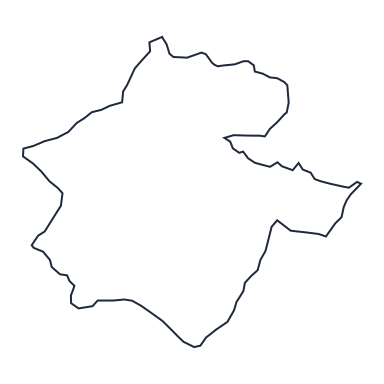 Geroskipou, Paphos, Cyprus
{"feature_id": "46923920B13296548837495", "entity_name": "Geroskipou", "entity_type": "district", "adm_level": 2, "iso_a3": "CYP", "parent_name": "Cyprus", "parent_adm1": "Paphos", "projection": "equal_earth", "projection_center": [32.458, 34.751], "detail": "fine", "context": "isolated", "style": "outline", "palette": "slate", "viewbox_px": 384, "rotation_deg": 0, "n_neighbors": 0, "source": "geoboundaries", "source_scale": "gbopen_adm2", "svg_char_len": 1740}
<svg xmlns="http://www.w3.org/2000/svg" viewBox="0 0 384 384"><path d="M31.7,245.2L33.8,247.9L43.1,251.7L50.0,260.0L51.7,267.0L60.0,274.3L67.0,275.3L69.5,281.0L74.4,285.8L73.1,289.8L70.9,295.5L71.1,303.2L78.6,308.4L92.5,306.2L97.7,300.5L113.7,300.5L124.4,299.5L132.1,300.7L141.0,305.7L150.3,312.2L162.4,320.9L170.5,328.9L178.3,336.8L183.5,341.8L185.4,342.7L194.2,347.1L200.4,345.6L206.0,337.6L216.1,329.6L227.4,321.9L234.0,310.4L236.5,302.0L240.2,296.2L243.4,291.0L244.9,282.8L251.1,276.1L257.7,270.1L260.4,259.9L265.4,251.2L267.9,241.7L271.6,226.8L277.2,220.3L290.7,230.7L306.8,232.5L318.7,234.0L325.9,236.5L326.9,235.1L335.3,223.3L341.6,217.1L343.7,207.1L346.6,200.4L350.7,194.4L361.0,183.7L358.6,182.6L357.1,181.9L348.9,187.7L342.1,186.4L330.0,183.7L320.5,181.2L314.6,179.0L310.7,172.7L302.7,169.5L300.2,165.5L298.6,163.0L292.7,170.2L282.0,166.3L277.5,162.3L270.0,166.8L262.2,164.8L254.9,162.8L248.1,158.3L243.1,151.6L239.2,152.8L232.8,148.3L230.2,141.6L224.4,137.9L233.6,135.2L248.7,135.6L259.6,135.7L264.9,136.4L269.8,129.0L277.4,122.0L284.2,114.5L286.7,112.5L288.7,102.7L288.0,94.0L287.3,85.2L285.7,83.6L284.2,82.0L277.2,78.2L269.8,77.4L262.8,73.7L254.8,71.5L253.8,65.3L248.1,61.2L243.6,61.2L234.9,64.3L230.2,64.8L223.2,65.5L217.8,66.3L214.5,64.8L211.9,62.6L208.5,57.8L205.8,54.2L201.5,52.6L187.0,57.7L180.4,57.3L173.4,57.0L169.5,53.7L166.6,44.3L162.7,38.1L162.2,36.9L149.4,42.3L150.1,51.3L142.6,59.5L134.8,68.4L127.1,85.1L123.2,91.3L122.1,102.3L109.8,105.8L101.4,109.8L91.8,112.2L84.6,118.0L76.8,122.9L68.4,131.9L57.0,137.9L44.8,141.1L32.9,146.1L23.4,148.6L23.0,156.4L32.9,163.4L41.2,171.4L49.5,181.3L57.8,188.0L62.5,193.2L60.9,205.8L57.1,211.7L44.7,231.5L38.1,235.7L31.7,245.2Z" fill="none" stroke="#1e293b" stroke-width="2"/></svg>